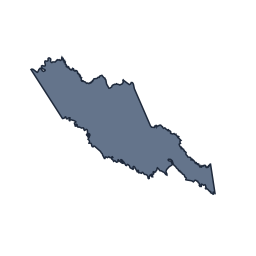 outline of Morelia, Caquetá, Colombia, rotated 147°
{"feature_id": "7082276B57536514364172", "entity_name": "Morelia", "entity_type": "district", "adm_level": 2, "iso_a3": "COL", "parent_name": "Colombia", "parent_adm1": "Caquetá", "projection": "equal_earth", "projection_center": [-75.683, 1.4], "detail": "fine", "context": "isolated", "style": "filled", "palette": "slate", "viewbox_px": 256, "rotation_deg": 147, "n_neighbors": 0, "source": "geoboundaries", "source_scale": "gbopen_adm2", "svg_char_len": 5830}
<svg xmlns="http://www.w3.org/2000/svg" viewBox="0 0 256 256"><g transform="rotate(147 128 128)"><path d="M90.5,26.1L78.2,53.3L78.7,52.9L80.0,52.6L80.0,52.0L80.8,52.0L81.1,52.4L81.7,51.8L82.1,52.0L82.4,51.6L83.0,52.0L83.2,51.8L83.7,52.1L83.5,52.7L83.9,52.9L84.0,53.5L83.4,54.2L83.8,54.9L85.3,55.5L85.5,55.2L85.8,55.6L86.3,55.4L86.9,55.9L87.2,55.8L87.3,56.6L87.9,56.1L88.3,56.4L88.2,55.6L89.0,56.3L88.9,56.7L88.4,56.7L88.8,57.7L88.3,59.2L88.8,59.8L89.0,59.4L89.5,59.5L89.8,61.0L90.2,61.2L89.7,61.8L90.7,62.3L90.4,63.1L90.6,65.0L91.1,66.7L91.7,66.3L91.8,67.1L92.3,67.1L91.7,68.1L91.7,69.3L93.6,71.1L93.5,72.6L93.8,74.1L93.4,75.0L92.6,75.8L92.9,77.0L93.4,77.8L93.1,78.1L93.2,79.1L93.0,79.9L93.4,80.1L93.8,82.8L94.4,82.3L94.2,83.2L94.5,84.1L94.1,86.3L93.6,86.7L92.4,86.5L92.4,87.2L91.5,88.8L90.3,88.7L91.0,91.9L90.8,92.7L90.1,93.1L90.4,93.6L90.8,93.7L91.0,92.8L91.3,92.8L91.2,95.1L91.6,96.2L91.2,96.7L92.3,97.3L92.4,98.3L93.7,98.6L95.1,100.1L95.1,100.8L94.3,101.2L94.2,102.2L94.8,103.3L95.3,103.5L95.0,104.5L95.4,104.6L95.7,104.0L96.0,104.1L96.2,105.4L96.7,106.1L96.8,107.4L97.1,108.1L98.4,108.3L98.7,110.0L98.4,110.3L98.9,111.5L99.0,112.6L100.3,113.3L100.9,113.1L102.6,113.7L103.1,113.4L102.7,114.3L103.0,114.9L103.8,114.7L104.2,115.0L104.7,114.2L105.2,114.5L105.6,114.1L107.8,115.8L108.0,117.6L101.3,157.4L99.7,161.6L99.5,162.8L99.6,163.7L100.5,164.4L102.0,163.5L103.3,163.7L105.7,170.2L105.8,171.0L106.3,170.8L107.1,168.9L109.4,168.1L110.2,168.4L111.4,168.5L112.2,169.7L113.0,170.4L113.5,171.4L114.3,171.2L115.5,172.0L117.6,172.3L118.4,172.1L119.3,171.3L121.3,171.3L122.3,171.7L122.0,176.6L120.4,180.4L120.6,181.4L120.2,182.2L120.9,183.6L121.2,186.4L123.1,186.9L124.0,186.7L124.5,186.1L125.5,186.8L127.1,186.5L129.8,187.8L131.3,187.0L132.0,187.1L132.4,186.3L133.5,186.6L134.0,186.1L134.5,186.6L135.2,186.2L135.8,186.8L136.6,186.5L137.5,187.8L138.4,188.0L138.8,189.9L140.4,191.9L140.1,192.2L140.6,192.6L141.0,192.2L141.3,192.6L141.0,193.1L141.2,193.5L140.3,194.6L140.3,195.5L140.1,195.7L140.4,196.4L140.1,197.0L140.0,196.9L140.2,197.6L139.9,197.6L139.9,198.2L139.6,198.2L139.8,198.9L139.4,199.3L139.6,199.7L139.6,199.4L139.9,199.4L139.8,199.7L140.1,200.1L139.9,200.2L140.1,201.6L140.3,201.6L139.8,202.6L139.8,204.0L140.7,204.8L141.3,204.5L141.6,204.8L142.1,205.8L141.7,206.2L141.5,207.4L141.8,207.8L142.0,207.3L142.0,208.0L143.2,207.8L143.2,207.3L143.4,207.2L144.3,207.9L144.2,208.3L144.7,208.7L144.8,209.3L144.6,209.7L144.9,210.3L144.5,211.5L144.7,211.9L145.0,211.4L145.4,211.4L145.3,212.2L145.8,212.3L146.3,213.0L146.0,213.7L145.6,213.9L145.4,215.2L145.8,215.6L145.4,216.6L144.6,217.5L145.0,218.0L144.8,218.4L145.5,218.2L145.1,219.4L145.3,219.6L144.7,220.0L144.7,220.7L145.1,220.8L144.7,221.3L144.9,221.6L144.6,222.0L145.0,222.5L144.9,223.3L145.6,222.8L145.9,221.4L146.8,221.7L147.5,221.3L148.2,221.6L148.5,222.8L149.8,223.1L150.1,223.8L153.1,223.0L155.1,224.4L156.2,224.3L156.7,225.0L156.6,226.3L155.5,227.4L155.2,228.2L155.7,229.5L156.6,230.0L157.4,229.6L158.1,228.3L158.8,228.0L159.6,228.2L160.8,229.3L161.3,229.3L162.1,228.3L162.9,226.0L163.6,225.3L164.7,225.6L165.9,227.1L166.8,227.1L167.4,226.1L167.3,224.3L166.1,222.6L165.9,221.7L166.2,221.3L168.0,221.4L168.7,222.5L168.7,224.9L169.1,226.0L170.8,225.6L173.2,224.1L173.9,224.1L175.7,229.0L176.6,229.8L177.5,229.9L177.8,171.6L176.5,171.0L174.5,171.5L174.2,171.1L174.6,169.6L174.3,168.8L172.1,168.8L171.2,168.3L171.1,168.0L171.6,167.5L173.0,167.0L173.1,166.0L172.8,165.8L172.2,166.3L171.2,165.8L169.2,163.6L168.3,161.8L168.5,161.4L170.3,161.3L171.2,158.3L170.7,158.0L169.9,159.2L169.2,159.2L168.9,158.4L169.6,157.2L169.5,156.0L168.2,155.2L167.0,153.2L165.5,152.6L165.3,151.8L165.9,150.5L165.7,149.6L163.8,149.6L163.3,149.0L163.4,148.0L164.6,145.9L164.5,145.3L163.5,144.0L163.7,143.0L164.1,142.5L164.6,142.6L165.4,145.1L166.0,145.3L166.5,144.9L166.5,144.1L165.3,142.7L165.1,141.8L165.4,141.5L166.4,142.3L166.6,140.9L167.7,140.3L167.3,138.8L167.5,137.8L169.0,136.5L167.5,135.5L167.4,134.4L168.1,132.8L168.1,131.8L167.6,131.2L166.5,131.4L165.9,130.8L163.8,123.3L163.9,121.7L163.6,120.4L164.0,119.3L164.4,115.3L163.9,115.0L162.9,115.9L162.3,115.8L161.4,114.3L159.7,114.4L159.5,113.3L159.1,112.7L156.8,112.4L156.8,111.6L158.1,111.7L158.6,111.1L158.1,109.4L158.2,107.8L156.9,107.8L156.3,105.6L155.2,105.2L154.6,105.3L153.9,106.6L153.4,106.6L153.1,104.5L152.4,102.5L151.9,101.5L151.2,100.9L150.8,101.1L150.7,102.0L151.6,104.6L151.2,105.3L150.6,104.9L150.0,101.2L150.2,97.9L149.6,97.3L148.4,97.8L147.8,97.1L147.4,95.5L147.9,93.6L146.3,90.6L145.5,90.8L145.4,92.0L144.9,92.6L144.2,92.7L143.8,92.3L143.7,91.6L144.1,86.3L143.6,86.3L143.1,87.2L142.6,87.1L142.5,86.4L143.4,85.3L143.3,84.4L142.6,84.3L141.4,82.7L140.3,83.1L139.8,82.8L139.5,80.2L138.1,79.0L137.8,78.4L137.7,76.8L138.5,75.0L138.2,74.2L137.6,74.2L136.9,75.5L134.9,76.5L134.6,76.1L134.7,74.3L133.9,73.6L133.4,74.5L133.8,75.8L133.5,76.3L133.0,76.2L132.4,75.5L131.5,75.5L131.1,76.0L131.1,77.1L130.6,77.5L130.1,77.3L129.6,76.3L128.6,76.2L128.0,76.7L126.7,77.1L125.4,78.5L125.0,78.6L124.6,76.9L124.5,74.7L123.4,73.9L122.7,72.3L121.9,71.2L121.6,68.3L121.0,67.3L120.4,68.2L120.0,70.7L118.3,72.1L114.5,73.1L111.4,73.0L110.8,73.3L110.5,73.8L110.1,76.2L110.3,76.9L111.6,78.2L111.8,79.1L111.4,79.7L110.9,79.7L109.3,78.4L108.8,76.5L109.6,73.4L109.7,71.5L109.1,69.9L109.1,67.9L108.5,65.9L108.8,64.7L108.5,64.2L107.9,64.0L108.2,63.0L107.6,62.4L107.8,61.7L107.3,60.9L107.4,59.8L106.5,58.3L106.7,56.7L107.0,56.2L106.4,54.6L107.0,53.6L107.6,53.4L107.7,53.0L103.3,49.0L102.5,47.2L100.3,47.7L99.6,47.2L99.1,45.8L98.5,45.4L98.9,44.0L98.4,42.9L98.5,41.3L99.2,41.5L99.5,41.2L99.5,39.8L98.4,39.1L97.7,40.1L96.7,40.7L95.8,38.8L94.3,38.5L94.3,37.5L94.9,36.0L95.0,35.3L95.9,35.3L96.0,34.7L94.6,33.6L94.1,30.6L93.3,29.7L94.0,28.9L92.9,26.9L92.7,26.1L92.0,26.0L91.5,27.7L91.1,27.6L90.5,26.1Z" fill="#64748b" stroke="#1e293b" stroke-width="1.5"/></g></svg>